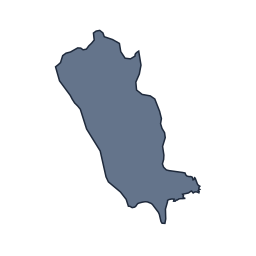 SVG path tracing the border of Aydin, rotated 253°
{"feature_id": "TUR-2229", "entity_name": "Aydin", "entity_type": "Province", "adm_level": 1, "iso_a3": "TUR", "parent_name": "Turkey", "parent_adm1": "", "projection": "natural_earth1", "projection_center": [27.708, 37.721], "detail": "fine", "context": "isolated", "style": "filled", "palette": "slate", "viewbox_px": 256, "rotation_deg": 253, "n_neighbors": 0, "source": "natural_earth", "source_scale": "10m", "svg_char_len": 1690}
<svg xmlns="http://www.w3.org/2000/svg" viewBox="0 0 256 256"><g transform="rotate(253 128 128)"><path d="M68.3,169.4L66.4,169.5L64.7,170.4L63.7,172.2L63.2,173.9L62.1,175.1L59.4,175.0L59.4,176.0L61.0,177.1L60.4,177.6L54.0,178.0L52.5,178.6L51.3,179.7L50.5,178.6L49.7,178.1L49.0,178.1L48.3,178.7L48.1,177.7L48.0,177.3L47.6,176.8L46.7,177.4L46.4,177.5L46.1,177.3L45.3,176.8L46.4,175.6L47.1,174.3L47.3,172.9L46.8,171.3L48.5,170.6L49.1,170.4L49.1,169.5L48.2,166.9L48.7,160.8L46.9,161.3L46.2,160.6L45.5,160.5L44.7,161.2L43.9,162.2L44.4,159.9L45.0,157.9L45.3,156.0L44.7,153.9L45.0,153.1L44.6,152.5L44.2,151.7L44.7,150.2L46.4,151.3L47.3,149.2L47.6,146.2L47.2,144.7L45.7,144.1L39.5,140.1L30.0,137.5L26.0,135.4L27.0,132.7L28.9,132.2L36.2,132.7L38.5,132.4L47.8,129.0L49.2,128.0L51.7,124.9L52.5,122.8L52.9,119.8L53.0,116.9L52.9,115.3L52.1,114.0L51.1,112.9L50.4,111.3L50.6,108.8L51.0,108.3L52.4,107.1L52.9,106.1L53.1,105.5L60.3,105.4L69.0,102.1L82.2,93.5L87.7,92.7L114.2,94.7L139.2,88.1L159.9,87.9L163.8,86.3L167.5,84.3L171.8,83.1L176.1,82.3L193.1,76.3L207.7,76.6L208.9,79.7L210.3,82.6L216.3,86.7L217.7,90.6L217.5,95.2L219.3,103.3L218.2,106.2L215.9,107.9L215.6,111.3L218.0,114.5L219.7,117.9L222.0,121.4L228.9,122.7L230.0,125.8L229.6,129.5L226.3,131.8L222.2,132.0L217.1,139.1L211.4,144.5L203.1,143.4L195.6,145.6L193.4,150.6L194.7,155.7L195.8,156.1L196.9,156.9L197.8,158.7L198.4,160.7L184.3,158.8L176.3,154.6L169.6,148.9L161.8,147.3L156.0,151.3L152.2,158.7L147.9,162.1L134.8,163.1L127.2,162.7L122.6,160.4L117.7,160.4L112.8,161.6L107.9,160.8L100.3,155.7L91.6,154.4L87.5,152.9L83.6,150.4L80.0,150.6L76.7,152.4L75.3,154.7L69.5,167.2L68.3,169.4Z" fill="#64748b" stroke="#1e293b" stroke-width="1.5"/></g></svg>